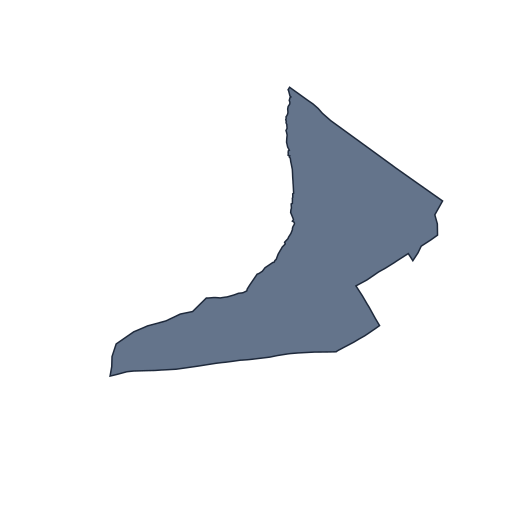 Adenta Municipal, Greater Accra, Ghana (Albers equal-area conic projection), rotated 238°
{"feature_id": "2480657B26321648161032", "entity_name": "Adenta Municipal", "entity_type": "district", "adm_level": 2, "iso_a3": "GHA", "parent_name": "Ghana", "parent_adm1": "Greater Accra", "projection": "albers", "projection_center": [-0.12, 5.715], "detail": "fine", "context": "isolated", "style": "filled", "palette": "slate", "viewbox_px": 512, "rotation_deg": 238, "n_neighbors": 0, "source": "geoboundaries", "source_scale": "gbopen_adm2", "svg_char_len": 2599}
<svg xmlns="http://www.w3.org/2000/svg" viewBox="0 0 512 512"><g transform="rotate(238 256 256)"><path d="M304.5,329.5L302.7,328.5L300.0,327.1L298.1,326.0L296.7,325.3L294.0,323.8L289.3,321.2L289.3,320.1L286.3,318.3L285.7,317.4L284.7,316.9L281.3,314.7L281.5,313.4L277.8,311.4L276.8,310.2L274.5,308.4L271.9,308.0L267.5,307.2L266.8,306.9L266.3,305.3L264.5,306.2L263.4,306.0L262.6,305.3L261.8,303.8L261.1,302.6L260.2,301.6L259.1,300.9L256.6,297.5L254.7,293.5L253.8,292.4L252.6,287.8L252.2,287.3L251.4,287.5L250.8,287.2L250.4,286.0L249.7,283.0L248.3,280.5L248.0,279.8L245.8,275.7L242.4,271.3L242.2,269.8L241.1,268.0L241.6,266.8L241.5,264.3L241.4,261.4L241.3,258.3L241.3,257.5L239.7,253.3L239.6,249.4L240.0,247.3L238.4,243.7L236.9,240.3L234.8,235.5L232.6,231.0L231.3,229.7L231.7,225.8L232.1,224.6L233.7,221.3L234.3,218.2L234.7,216.4L236.6,209.8L237.5,207.9L238.6,205.4L239.4,203.4L240.8,201.6L242.1,199.8L243.3,197.9L244.4,195.7L245.8,193.0L246.7,191.6L242.5,172.8L246.9,161.0L248.7,145.2L254.2,127.0L254.8,122.8L256.0,115.2L256.5,112.2L256.1,103.3L255.5,90.8L247.0,80.6L238.7,75.1L233.6,70.5L231.5,68.6L229.2,75.5L226.3,85.1L223.4,91.1L216.5,102.9L212.5,109.6L209.6,115.1L207.3,119.2L202.3,128.3L198.6,136.6L193.2,148.8L190.5,155.2L186.1,165.5L183.7,170.6L182.1,173.8L179.4,179.7L175.9,187.6L175.1,189.0L172.4,194.1L171.3,196.3L165.0,209.7L164.1,211.6L162.9,214.2L161.4,218.3L160.2,221.5L156.3,230.7L155.1,233.3L151.6,240.1L143.7,254.4L136.9,265.5L132.3,273.2L132.4,274.3L132.4,275.9L132.2,278.3L132.1,279.8L132.0,281.5L131.1,293.2L131.0,299.5L130.7,305.9L130.9,311.9L131.1,316.3L131.2,319.0L131.5,323.9L139.8,324.1L152.6,324.8L155.9,324.8L156.3,324.8L165.9,325.1L177.7,324.9L176.9,337.4L177.5,351.6L177.1,359.5L177.1,360.6L177.1,369.9L177.2,372.3L177.4,386.4L171.2,386.5L168.9,386.5L172.8,395.0L176.8,401.3L177.0,413.1L177.5,421.0L187.1,426.8L196.2,429.5L203.8,443.4L233.2,431.0L257.5,420.8L259.1,420.2L279.5,412.0L331.2,391.1L341.9,387.9L348.2,386.9L354.8,384.9L360.8,382.3L381.3,373.9L380.1,371.6L380.0,371.3L378.8,371.2L373.7,369.6L372.4,369.9L372.4,368.9L370.3,366.6L368.6,366.3L367.0,365.2L366.1,363.2L365.7,362.4L363.8,360.7L361.2,359.4L360.5,358.9L359.6,358.0L358.7,356.6L358.6,356.4L358.2,355.3L356.5,354.3L355.8,353.4L354.2,353.1L353.6,352.4L352.3,351.9L351.3,351.9L350.3,351.3L347.8,350.0L346.5,347.9L344.9,347.5L342.1,346.5L339.4,344.4L336.3,342.2L334.5,341.6L331.7,340.6L328.0,340.3L328.1,339.2L326.9,338.2L325.9,337.7L324.4,336.6L323.0,337.7L322.4,336.7L320.7,336.9L317.5,335.4L316.0,334.9L310.2,332.7L306.4,330.6L304.5,329.5Z" fill="#64748b" stroke="#1e293b" stroke-width="1.5"/></g></svg>